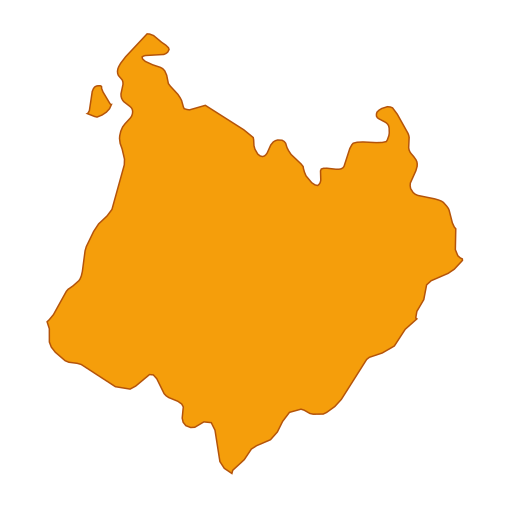 Arezzo, Natural Earth projection, rotated 272°
{"feature_id": "ITA-5387", "entity_name": "Arezzo", "entity_type": "Province", "adm_level": 1, "iso_a3": "ITA", "parent_name": "Italy", "parent_adm1": "", "projection": "natural_earth1", "projection_center": [12.009, 43.52], "detail": "fine", "context": "isolated", "style": "filled", "palette": "amber", "viewbox_px": 512, "rotation_deg": 272, "n_neighbors": 0, "source": "natural_earth", "source_scale": "10m", "svg_char_len": 3314}
<svg xmlns="http://www.w3.org/2000/svg" viewBox="0 0 512 512"><g transform="rotate(272 256 256)"><path d="M198.8,419.0L188.0,407.7L170.9,397.4L163.5,385.6L158.7,372.8L156.5,370.2L115.7,346.3L108.3,340.0L102.1,332.0L100.4,328.7L99.9,318.7L100.5,315.4L103.6,309.5L104.5,306.3L100.9,294.9L91.7,288.4L80.9,283.5L72.9,276.9L66.5,263.3L62.9,258.1L52.1,251.4L41.0,240.2L37.8,239.5L42.7,231.7L49.3,227.1L80.5,221.1L87.9,217.1L88.4,209.7L82.7,200.8L82.3,196.7L84.0,191.8L87.3,189.0L91.4,187.9L102.7,188.6L105.5,186.9L108.1,182.9L111.5,173.7L113.2,171.0L115.2,169.0L129.9,161.1L133.6,157.5L133.8,153.7L121.8,140.3L118.6,134.8L120.5,120.0L141.5,85.1L142.5,81.1L143.3,72.6L144.7,68.9L152.8,58.8L157.8,54.6L162.8,52.5L176.1,52.0L183.0,49.5L185.0,51.5L190.3,55.6L214.1,67.7L216.2,69.4L219.7,74.1L225.1,79.8L226.8,80.9L229.9,82.1L234.4,83.0L255.2,85.0L259.5,86.1L274.9,92.9L282.6,97.6L290.9,105.8L297.5,110.4L342.5,121.2L348.2,121.2L358.2,118.5L363.8,116.3L368.7,115.5L371.3,115.6L376.0,116.5L380.3,118.2L383.6,120.5L389.5,125.6L391.4,126.8L393.6,127.5L395.9,127.7L398.0,127.3L399.7,126.3L401.0,124.9L405.6,118.5L407.0,117.3L408.9,116.2L410.9,115.6L413.3,115.4L423.0,117.1L425.3,116.9L427.2,116.2L431.6,112.2L433.5,111.4L435.8,111.1L438.1,111.4L440.2,112.1L441.6,112.8L443.9,114.0L450.5,118.7L474.2,139.4L474.1,142.0L472.7,146.0L466.3,154.2L463.5,158.6L461.0,161.3L459.3,161.9L456.6,160.6L455.2,158.9L454.2,156.8L452.5,138.5L451.9,136.6L450.9,135.2L448.9,135.8L446.6,138.6L443.5,146.0L441.2,153.8L440.0,156.2L437.9,158.3L433.6,160.4L425.3,162.4L422.9,164.3L414.8,172.3L411.6,174.6L408.8,176.2L402.5,178.2L400.7,179.1L400.0,181.9L399.7,184.4L404.8,200.1L381.7,239.4L374.3,249.1L372.0,249.6L366.2,250.1L362.7,251.2L357.9,254.2L356.1,256.7L355.6,259.1L356.3,261.0L357.6,262.4L359.4,263.6L367.5,266.9L370.6,269.3L371.9,271.3L372.7,273.6L372.6,278.0L371.4,280.2L369.7,281.7L365.6,283.1L362.5,284.8L358.7,287.5L349.6,297.8L347.0,300.0L344.9,300.4L341.5,301.5L337.8,303.2L331.2,309.1L329.1,312.5L328.6,315.2L329.9,316.6L331.6,317.6L334.0,318.1L343.3,317.5L345.2,318.2L346.0,320.4L346.2,323.8L345.5,333.0L345.6,335.9L346.1,338.0L347.1,339.7L348.5,340.8L366.7,346.0L370.5,347.9L372.1,349.2L373.2,353.0L373.7,358.9L373.5,372.3L373.9,378.3L374.9,382.2L376.6,383.2L381.0,384.6L383.5,384.9L388.5,384.6L390.7,384.0L392.3,383.0L393.6,381.6L394.6,379.8L397.3,374.2L398.4,372.5L400.0,371.5L402.1,371.4L404.0,371.9L406.0,373.8L407.8,376.5L409.8,382.1L409.6,385.1L408.8,387.3L402.7,392.2L383.9,403.6L382.0,404.4L379.9,404.9L369.5,404.8L367.3,405.3L365.4,406.2L363.9,407.3L360.9,410.1L357.6,412.6L355.7,413.5L353.7,413.9L351.3,413.9L346.8,412.8L334.3,407.7L331.7,407.6L328.7,408.2L324.9,410.8L323.2,413.1L322.2,415.6L319.3,432.8L318.3,436.6L317.3,439.4L316.1,441.4L312.3,445.0L310.2,446.6L308.5,447.4L295.9,451.1L291.8,453.2L290.2,454.7L269.3,455.0L263.3,457.7L261.2,460.2L260.3,462.3L258.8,462.5L249.8,454.7L245.4,448.7L237.4,431.9L233.1,427.5L218.3,425.2L206.3,418.7L199.7,417.8L198.8,419.0ZM392.4,82.5L392.6,82.9L395.4,84.4L414.7,86.6L417.6,87.7L418.9,88.6L419.5,89.2L419.9,89.9L420.3,90.7L420.5,91.5L420.7,93.4L420.7,94.4L420.4,95.2L420.1,95.6L419.6,95.8L418.2,95.8L414.7,97.3L403.2,104.7L402.2,105.8L402.3,106.2L398.1,104.5L394.5,101.4L391.5,97.2L389.3,92.3L389.8,89.8L392.4,82.5Z" fill="#f59e0b" stroke="#b45309" stroke-width="1.5"/></g></svg>